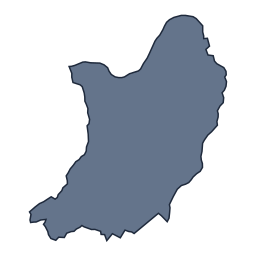 outline of Leópolis, Paraná, Brazil
{"feature_id": "56859067B94954810830585", "entity_name": "Leópolis", "entity_type": "district", "adm_level": 2, "iso_a3": "BRA", "parent_name": "Brazil", "parent_adm1": "Paraná", "projection": "orthographic", "projection_center": [-50.726, -23.018], "detail": "fine", "context": "isolated", "style": "filled", "palette": "slate", "viewbox_px": 256, "rotation_deg": 0, "n_neighbors": 0, "source": "geoboundaries", "source_scale": "gbopen_adm2", "svg_char_len": 1953}
<svg xmlns="http://www.w3.org/2000/svg" viewBox="0 0 256 256"><path d="M69.1,66.5L71.8,73.3L71.8,77.3L73.0,82.5L80.1,84.8L82.2,86.6L84.2,92.9L84.8,97.0L84.9,101.2L86.1,103.8L87.9,108.5L87.7,112.8L89.6,119.4L89.0,123.7L87.1,125.8L88.2,134.1L88.5,141.6L86.5,146.9L86.2,151.2L84.4,154.7L81.3,156.6L79.1,159.6L75.8,161.7L73.5,165.0L70.3,168.8L68.1,173.0L66.2,175.9L67.3,180.7L67.4,183.9L62.9,187.8L61.8,190.7L58.2,194.6L57.3,197.5L55.1,199.1L51.2,196.8L47.0,199.5L43.7,201.7L39.5,203.6L35.0,207.1L29.5,211.9L31.0,214.4L30.0,220.0L30.6,222.5L33.5,222.1L36.2,222.0L40.7,220.0L46.0,219.4L45.0,222.3L43.5,224.3L45.3,226.6L47.8,231.5L48.5,234.7L50.9,238.5L55.8,240.3L58.7,237.2L64.3,237.5L66.7,233.2L71.1,231.6L74.0,231.3L76.4,229.0L80.0,227.2L81.9,225.5L84.0,226.8L91.5,229.5L94.9,229.4L97.8,230.4L100.6,231.3L101.1,234.4L104.6,234.6L105.8,237.9L106.8,240.6L112.4,233.7L120.3,237.8L125.0,230.1L128.7,231.5L131.6,231.9L134.1,233.5L158.4,213.3L161.4,215.7L167.2,221.7L169.0,218.2L169.6,212.7L170.0,207.8L169.4,204.6L173.3,196.5L177.3,189.2L181.4,185.5L185.5,184.2L188.7,182.6L191.1,179.9L193.1,177.0L196.6,173.7L200.2,171.3L202.5,167.4L202.4,163.5L201.3,160.1L200.9,156.4L202.0,151.4L202.6,143.3L204.2,140.3L207.8,135.1L211.6,131.7L217.4,125.2L216.9,121.5L218.1,117.1L218.2,113.8L217.4,110.8L220.0,106.0L223.2,102.7L223.7,97.7L222.1,92.8L224.4,90.1L226.0,86.3L226.5,81.6L224.7,77.0L226.2,74.9L226.0,71.3L223.8,67.6L219.8,65.4L216.8,63.7L214.5,61.1L213.2,55.7L208.0,55.0L205.9,49.4L209.5,46.1L207.4,38.3L203.7,38.6L203.7,35.9L202.7,32.0L202.7,25.8L196.2,18.6L193.1,16.7L185.4,15.4L181.3,15.4L173.9,17.4L169.5,19.7L166.6,22.3L164.5,26.1L162.9,29.7L159.8,35.1L156.9,38.3L155.0,41.1L149.3,53.7L147.2,58.1L143.5,63.5L140.6,69.0L138.5,70.9L129.6,73.7L124.5,76.9L121.8,77.6L118.7,77.6L115.1,76.9L111.3,74.5L109.1,71.3L107.6,67.7L104.0,64.8L99.9,63.1L90.7,62.8L85.4,61.9L82.8,62.1L74.8,65.4L71.6,66.3L69.1,66.5Z" fill="#64748b" stroke="#1e293b" stroke-width="1.5"/></svg>